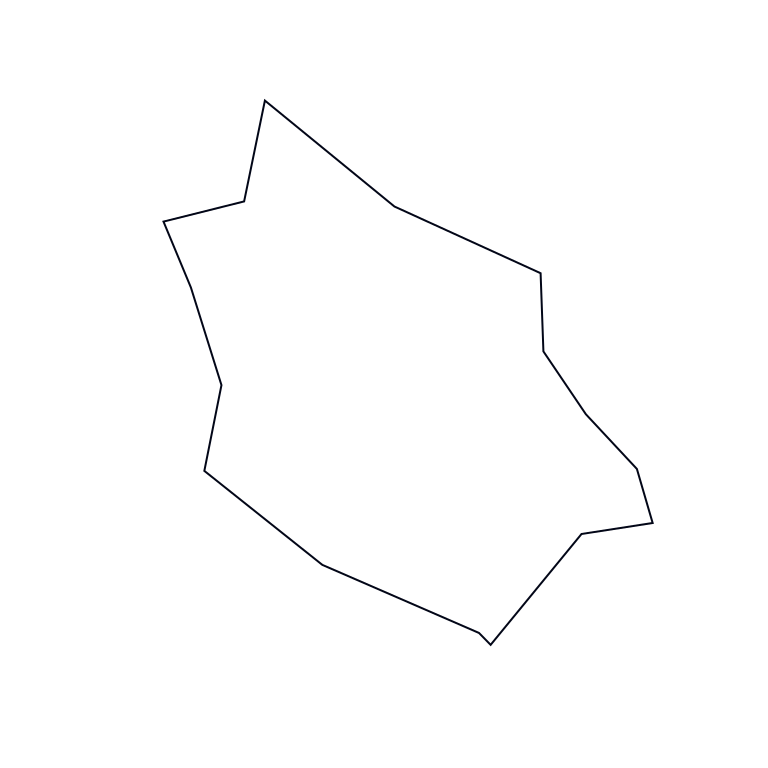 outline of Kaposvár, rotated 136°
{"feature_id": "HUN-4912", "entity_name": "Kaposvár", "entity_type": "Urban county", "adm_level": 1, "iso_a3": "HUN", "parent_name": "Hungary", "parent_adm1": "", "projection": "natural_earth1", "projection_center": [17.786, 46.351], "detail": "fine", "context": "isolated", "style": "outline", "palette": "ink", "viewbox_px": 768, "rotation_deg": 136, "n_neighbors": 0, "source": "natural_earth", "source_scale": "10m", "svg_char_len": 368}
<svg xmlns="http://www.w3.org/2000/svg" viewBox="0 0 768 768"><g transform="rotate(136 384 384)"><path d="M287.3,97.4L346.1,138.9L488.5,122.3L488.6,138.9L554.0,296.7L573.6,446.3L501.7,496.1L455.9,587.5L429.8,654.0L357.8,612.5L272.8,670.6L253.2,504.4L194.4,354.9L246.7,296.7L259.8,222.0L261.1,147.2L287.3,97.4Z" fill="none" stroke="#020617" stroke-width="2"/></g></svg>